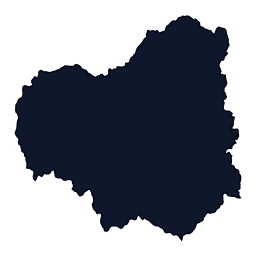 the district of Bannach, Pará, Brazil
{"feature_id": "56859067B96569332743407", "entity_name": "Bannach", "entity_type": "district", "adm_level": 2, "iso_a3": "BRA", "parent_name": "Brazil", "parent_adm1": "Pará", "projection": "robinson", "projection_center": [-50.626, -7.48], "detail": "fine", "context": "isolated", "style": "filled", "palette": "ink", "viewbox_px": 256, "rotation_deg": 0, "n_neighbors": 0, "source": "geoboundaries", "source_scale": "gbopen_adm2", "svg_char_len": 5749}
<svg xmlns="http://www.w3.org/2000/svg" viewBox="0 0 256 256"><path d="M182.6,16.2L181.2,17.5L180.2,17.4L178.7,17.9L176.9,20.5L175.5,21.3L173.2,21.0L171.4,22.2L168.7,25.2L167.4,25.9L166.5,26.9L165.8,29.2L165.3,30.6L164.4,31.7L162.7,31.8L160.0,33.1L158.8,33.0L158.0,31.6L156.8,30.6L155.5,31.8L154.3,31.2L152.7,30.8L151.7,30.8L150.0,32.0L148.8,30.6L147.7,30.8L147.2,33.0L146.5,34.7L147.0,36.2L146.5,37.5L144.6,38.9L142.3,42.6L140.5,45.0L139.2,46.1L138.2,47.2L137.3,48.5L136.6,50.2L136.1,52.2L135.3,54.1L133.9,55.1L133.6,56.5L131.6,57.4L131.0,58.6L130.3,59.4L129.8,62.7L128.2,63.0L126.8,63.4L125.8,63.4L125.8,66.4L124.8,66.2L123.9,66.8L122.5,67.1L120.9,67.3L118.7,66.9L117.0,67.2L117.3,68.7L116.2,69.3L114.4,69.1L112.4,70.3L111.1,70.0L109.8,68.9L108.8,70.1L108.9,72.0L108.9,73.9L108.2,75.0L107.2,75.8L104.2,76.7L103.1,75.7L102.3,74.5L100.7,74.6L100.1,75.8L97.2,76.4L96.2,77.4L94.9,77.5L93.9,76.6L92.9,76.4L89.9,74.0L88.7,73.7L87.7,72.9L86.9,71.7L85.9,70.4L84.6,70.1L82.0,69.0L81.1,68.0L80.5,66.9L79.5,66.0L78.2,65.2L76.8,64.8L75.4,64.7L74.3,65.9L72.9,66.7L71.8,66.4L70.8,66.7L69.4,66.4L66.1,66.0L64.6,66.2L63.3,67.3L61.9,67.7L60.5,68.8L59.6,69.9L58.0,69.9L56.6,70.7L55.3,71.2L53.6,71.5L52.3,71.9L50.4,72.7L47.6,72.4L46.2,71.8L45.2,72.1L42.9,71.5L40.9,70.4L39.6,71.2L38.8,72.2L39.2,74.4L38.3,75.8L38.1,77.7L37.2,78.6L35.7,77.1L34.5,77.0L34.0,78.2L32.8,79.3L32.0,80.5L31.7,82.2L32.9,83.5L32.9,84.7L32.1,85.7L30.2,86.7L28.6,86.9L25.3,85.8L23.3,86.6L22.9,88.4L22.9,90.9L23.2,93.7L22.7,96.6L20.9,98.3L18.9,99.4L16.8,104.0L16.0,105.0L15.8,110.4L16.1,112.0L17.5,113.2L17.9,114.7L18.9,116.6L18.6,118.6L18.0,120.4L17.5,122.3L16.9,129.0L15.7,131.8L15.4,133.4L16.3,135.3L17.8,137.4L18.8,138.1L19.1,139.9L18.7,141.8L18.6,143.0L19.0,144.1L20.4,144.8L21.1,146.6L22.1,151.4L24.3,152.6L24.8,155.9L26.0,156.7L26.2,158.2L26.1,160.0L26.5,161.5L27.1,162.9L27.2,164.9L26.7,167.9L28.2,168.1L29.6,168.1L31.6,169.6L32.9,169.9L34.0,171.4L34.1,174.2L33.4,176.1L33.5,177.8L34.0,179.0L35.1,180.3L36.0,179.1L37.4,175.7L38.4,174.6L40.3,175.7L41.9,176.3L44.1,173.3L45.1,173.4L46.7,173.8L48.2,173.9L49.6,173.3L50.9,171.0L52.0,170.2L53.4,169.7L54.5,170.2L54.6,172.1L55.0,173.4L55.2,175.4L55.6,176.6L56.6,177.3L59.1,177.9L60.7,177.6L61.9,178.2L62.9,179.4L63.8,180.0L65.8,180.1L67.1,179.6L69.1,179.3L70.4,179.4L71.8,180.1L72.6,181.6L72.7,183.4L73.5,184.5L73.7,186.1L73.1,187.7L72.4,189.2L73.7,190.0L74.7,191.1L76.6,191.6L77.4,192.4L78.2,193.9L79.8,195.8L82.1,195.1L83.0,194.1L84.3,191.9L87.2,190.2L87.9,189.4L89.0,189.2L90.0,189.4L91.7,192.2L92.3,195.4L93.3,196.5L93.8,200.0L93.7,202.0L93.0,203.2L92.5,204.5L92.9,206.6L93.9,209.2L95.4,210.6L96.1,211.5L96.6,212.7L97.3,213.6L98.3,213.0L99.3,212.9L100.6,213.2L101.7,214.2L101.8,216.1L101.3,218.0L100.9,220.1L100.9,222.6L102.9,227.0L104.2,228.4L104.6,230.7L106.0,231.1L107.9,230.6L108.7,229.2L109.1,228.2L110.2,226.8L111.3,226.0L112.2,225.7L114.5,225.9L115.8,225.8L117.3,226.0L118.4,226.7L119.5,227.6L120.7,228.1L122.0,228.0L123.4,226.0L124.3,224.9L126.7,224.2L128.3,221.7L129.0,219.4L130.0,218.9L133.2,218.9L134.5,219.7L135.9,219.1L136.5,218.1L136.7,216.7L138.2,215.1L139.3,214.4L139.8,216.1L141.7,218.5L142.7,219.4L144.2,217.9L145.2,218.0L146.0,218.9L147.6,219.8L148.9,220.3L150.0,221.1L151.2,222.4L153.7,224.7L155.5,225.5L156.8,225.8L158.0,225.5L160.5,227.2L162.5,228.3L163.4,229.0L164.3,230.7L165.3,232.3L166.6,232.7L169.2,232.1L171.1,232.6L173.0,234.8L174.4,234.8L176.7,234.5L177.8,235.1L178.8,236.1L181.6,239.9L182.2,238.1L182.1,237.0L182.5,235.9L183.5,235.0L184.6,234.5L185.6,233.7L189.8,233.3L192.1,231.6L192.8,230.2L194.3,228.9L195.1,227.2L196.5,223.2L199.0,222.4L200.4,221.4L202.1,220.7L202.9,219.9L203.3,217.6L204.9,215.7L205.5,214.4L206.8,213.0L208.3,212.2L209.3,213.1L210.8,212.9L212.3,212.5L214.0,212.3L215.0,211.6L217.0,208.7L219.1,207.6L220.0,205.2L220.9,204.5L222.0,204.2L222.7,203.2L223.1,201.5L222.6,200.0L222.7,197.2L222.4,194.9L224.5,192.7L226.6,193.4L227.7,195.2L228.7,195.7L230.4,195.9L232.0,196.3L233.5,196.2L235.3,196.5L237.0,197.4L238.6,197.9L240.2,197.7L238.9,195.8L238.6,193.6L238.9,192.3L236.2,191.1L238.1,189.9L239.9,188.3L239.7,186.4L239.9,184.4L239.4,183.3L240.0,181.7L240.5,179.5L240.6,177.2L240.2,175.3L239.0,174.3L238.8,173.1L238.6,171.3L237.5,169.9L236.2,169.7L234.4,168.2L234.1,166.8L232.8,165.5L231.0,165.4L230.7,164.0L231.3,162.7L231.2,161.4L231.4,159.5L231.0,157.8L231.6,155.8L230.6,155.3L229.4,152.9L228.3,152.5L227.4,153.8L226.2,153.9L225.0,152.5L226.2,149.6L227.3,148.9L229.2,148.1L231.5,148.5L232.0,146.0L233.6,144.0L235.7,142.9L234.8,141.5L234.5,139.6L235.3,138.7L236.8,139.3L238.5,136.1L238.1,133.5L238.0,129.9L236.9,129.1L234.6,129.7L233.4,129.2L231.8,129.1L231.1,128.3L231.7,127.3L232.5,126.4L233.1,124.6L233.2,121.2L234.2,117.4L232.9,117.0L232.0,116.3L230.9,116.3L230.2,115.4L231.4,114.6L232.1,113.6L229.3,111.3L226.6,111.2L224.9,110.8L224.0,109.9L223.2,109.0L223.1,106.5L224.0,102.8L222.6,99.8L224.9,99.0L225.8,98.0L226.2,96.4L225.6,95.5L224.8,92.9L223.8,92.0L223.9,89.5L223.8,88.1L225.9,85.2L226.5,83.8L226.4,82.2L225.8,79.9L225.2,76.4L225.2,75.3L224.1,75.3L222.9,75.0L221.9,74.5L220.7,74.7L219.9,73.8L220.8,71.4L219.6,67.8L218.9,66.5L218.7,65.3L219.6,62.5L220.8,60.4L223.2,59.9L223.9,58.8L224.0,57.6L224.6,56.3L226.6,54.3L227.4,53.3L226.5,52.6L225.7,51.4L226.1,50.3L226.9,49.2L227.7,46.9L228.6,45.8L228.8,44.6L228.1,42.4L228.0,41.1L228.2,39.5L226.3,33.7L225.9,30.7L225.2,29.6L224.1,28.7L221.3,28.2L219.4,27.3L218.2,27.5L217.3,28.3L216.5,29.6L215.4,32.3L215.3,33.8L214.2,34.6L212.1,33.0L210.6,30.8L209.5,30.7L208.2,30.4L206.7,29.6L204.6,29.1L203.8,28.3L202.6,27.4L200.1,26.8L199.7,25.4L199.3,22.6L197.5,21.3L196.2,19.8L195.2,19.2L194.9,20.3L193.6,20.6L193.0,19.5L189.6,17.0L188.2,16.3L186.9,16.1L185.6,16.6L184.1,16.6L182.6,16.2Z" fill="#0f172a" stroke="#020617" stroke-width="1.5"/></svg>